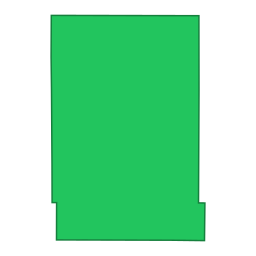 outline of Dunn, Wisconsin, United States of America, rotated 180°
{"feature_id": "52423323B57646152356448", "entity_name": "Dunn", "entity_type": "district", "adm_level": 2, "iso_a3": "USA", "parent_name": "United States of America", "parent_adm1": "Wisconsin", "projection": "orthographic", "projection_center": [-91.869, 44.947], "detail": "fine", "context": "isolated", "style": "filled", "palette": "green", "viewbox_px": 256, "rotation_deg": 180, "n_neighbors": 0, "source": "geoboundaries", "source_scale": "gbopen_adm2", "svg_char_len": 335}
<svg xmlns="http://www.w3.org/2000/svg" viewBox="0 0 256 256"><g transform="rotate(180 128 128)"><path d="M204.5,166.8L204.0,92.4L203.9,53.4L199.4,53.4L199.5,16.1L88.5,15.8L85.8,15.8L51.5,15.4L51.1,53.0L57.5,53.1L57.0,166.0L57.1,240.3L204.7,240.6L204.9,199.2L204.5,166.8Z" fill="#22c55e" stroke="#15803d" stroke-width="1.5"/></g></svg>